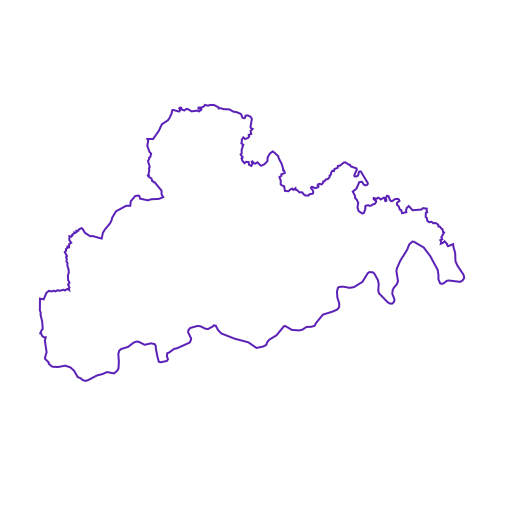 the district of Metsi-Maholo, Mafeteng, Lesotho, rotated 187°
{"feature_id": "5366337B55767639194071", "entity_name": "Metsi-Maholo", "entity_type": "district", "adm_level": 2, "iso_a3": "LSO", "parent_name": "Lesotho", "parent_adm1": "Mafeteng", "projection": "orthographic", "projection_center": [27.155, -29.616], "detail": "fine", "context": "isolated", "style": "outline", "palette": "violet", "viewbox_px": 512, "rotation_deg": 187, "n_neighbors": 0, "source": "geoboundaries", "source_scale": "gbopen_adm2", "svg_char_len": 6102}
<svg xmlns="http://www.w3.org/2000/svg" viewBox="0 0 512 512"><g transform="rotate(187 256 256)"><path d="M356.1,390.9L356.9,390.5L357.2,386.8L358.8,382.1L360.1,379.8L365.5,375.3L367.7,368.4L372.4,359.6L378.1,358.9L377.0,357.0L377.4,352.4L374.6,346.6L372.5,344.7L373.1,341.2L374.1,340.4L373.9,339.2L374.8,337.1L372.3,331.4L373.0,329.9L372.4,328.8L372.6,324.2L372.2,323.1L373.1,322.7L372.5,321.8L369.1,320.1L368.3,317.9L367.1,317.6L366.5,316.7L365.5,316.8L357.7,309.3L357.2,305.6L355.3,303.1L359.2,300.9L367.1,299.5L370.0,298.1L378.0,298.8L379.1,301.3L380.0,301.7L383.2,300.8L387.0,295.0L386.9,290.5L391.0,290.0L400.4,283.3L403.4,276.5L403.7,274.0L404.9,270.5L409.2,263.9L410.8,260.3L411.3,254.5L420.8,255.9L422.9,255.4L428.7,258.2L431.3,261.7L432.6,262.4L434.9,260.9L435.4,259.4L437.3,259.1L436.8,258.2L438.1,256.9L439.2,257.2L439.1,256.5L440.6,255.3L441.1,254.5L440.7,254.1L441.8,252.6L443.6,253.0L443.2,249.0L441.0,246.6L442.9,245.1L442.6,241.8L443.3,241.5L444.3,242.2L444.5,240.8L445.5,239.7L445.1,238.1L446.3,236.6L443.6,232.9L444.4,231.7L443.4,230.0L443.5,227.5L442.2,225.9L442.1,223.5L440.5,220.1L439.8,217.0L440.3,213.4L439.5,209.0L438.0,207.0L438.0,206.0L439.1,204.9L437.3,201.9L437.8,200.9L437.3,199.5L439.1,200.4L441.5,198.5L442.7,199.1L446.7,197.5L448.7,197.9L450.8,196.4L452.5,196.9L454.6,195.9L457.3,196.2L459.5,193.9L461.5,187.1L465.2,187.4L463.9,175.7L462.7,173.3L462.7,171.5L460.2,164.8L458.8,157.7L459.6,156.6L460.7,153.0L459.9,153.0L458.6,150.7L456.8,149.5L454.8,149.7L455.3,146.4L452.1,135.0L453.1,129.0L452.7,128.1L448.8,125.1L448.6,123.8L445.7,121.8L444.4,121.3L438.9,121.7L431.9,123.9L426.6,122.8L422.7,120.1L418.2,114.1L415.2,113.3L412.8,111.7L410.0,111.3L407.9,112.1L399.2,118.1L394.2,120.0L389.8,122.6L382.6,122.2L379.7,125.3L378.8,127.5L379.2,134.1L380.7,142.0L380.2,145.4L378.6,147.2L371.9,150.2L366.8,155.2L363.8,156.6L361.8,156.5L355.6,154.3L349.6,156.5L345.9,156.2L344.4,154.3L344.4,152.9L341.8,144.7L339.6,139.2L337.6,138.9L331.7,141.0L330.8,142.7L332.2,145.7L332.3,148.6L330.5,149.6L325.9,153.9L323.5,154.6L311.4,161.9L310.5,163.9L310.3,166.2L313.9,171.7L314.2,172.8L313.9,174.5L312.4,176.6L305.7,179.4L302.7,179.5L297.5,177.7L294.8,177.6L289.8,181.2L289.5,182.0L287.5,182.0L284.7,177.9L281.0,174.9L267.0,171.3L253.1,169.4L244.3,164.8L237.9,167.0L235.1,168.9L234.2,172.1L232.5,174.7L226.1,179.7L219.6,189.8L218.2,190.0L211.3,187.0L204.1,187.4L201.2,188.4L197.3,191.7L192.4,192.5L189.3,193.9L188.2,196.9L182.4,206.0L173.5,210.0L169.5,212.3L167.8,214.1L167.3,216.0L167.5,218.8L170.2,224.8L171.3,230.4L170.8,234.5L169.6,235.4L165.9,236.2L159.2,235.8L154.9,237.1L147.2,243.3L143.0,252.5L141.4,253.9L138.1,254.0L136.6,253.2L132.0,246.9L130.8,243.1L130.4,236.3L129.3,233.9L119.6,226.1L117.2,225.1L115.1,225.3L113.5,227.2L113.2,228.6L113.4,230.1L116.1,235.0L116.2,238.8L115.4,241.1L112.8,245.1L112.0,248.4L114.8,258.1L114.6,261.1L112.1,269.2L106.8,280.5L105.3,286.2L102.5,289.4L100.8,289.3L90.6,284.9L83.0,277.1L74.0,264.4L72.6,259.4L72.1,255.1L69.9,251.3L68.4,251.0L66.6,251.6L63.6,254.6L61.7,255.2L50.3,255.2L48.1,256.8L46.9,259.0L46.8,260.4L47.9,262.9L54.7,270.7L57.4,275.1L58.7,283.3L61.2,289.2L61.8,291.8L66.6,289.1L67.6,290.1L67.7,291.1L70.6,293.6L72.2,291.7L74.0,290.7L73.8,292.3L75.0,294.2L73.2,295.3L74.3,297.1L72.2,302.2L73.1,302.3L74.2,305.4L75.3,305.7L77.0,307.5L78.6,307.6L78.8,309.0L79.8,309.8L81.8,310.6L84.0,310.1L86.0,311.4L88.1,310.6L90.1,311.6L91.2,314.7L92.3,315.3L92.7,318.8L92.6,319.7L91.4,320.3L92.4,322.7L92.3,323.8L96.0,323.9L97.4,322.3L106.1,320.5L110.5,324.2L112.3,321.9L112.6,319.6L112.1,317.8L116.3,316.3L117.5,319.3L118.9,319.6L120.5,322.8L122.4,324.1L122.5,325.9L120.3,328.2L120.9,329.3L122.1,330.0L125.1,329.3L127.5,327.1L128.6,326.9L129.7,327.7L131.8,331.6L133.3,331.8L134.0,329.5L133.3,326.9L134.0,326.2L134.5,326.4L135.4,329.4L136.2,329.5L139.1,327.3L141.5,328.8L142.4,328.5L143.1,327.5L146.2,327.9L146.1,326.7L143.4,325.2L143.4,324.1L144.7,322.0L146.3,321.5L148.1,319.9L149.1,319.6L150.8,320.1L153.3,319.2L153.6,318.3L153.2,316.4L154.1,312.0L155.6,311.1L159.5,313.0L161.2,316.5L161.0,321.3L163.1,324.4L164.7,325.6L165.0,327.6L167.8,331.8L164.6,334.8L162.5,341.9L159.9,342.6L157.7,340.0L156.1,339.4L154.5,340.1L153.8,341.2L154.0,342.1L162.3,352.7L164.0,352.3L164.5,348.3L166.4,347.0L167.9,347.1L168.3,348.1L166.5,354.0L166.9,355.2L172.9,356.5L173.8,358.0L175.1,358.0L178.9,359.9L180.3,359.4L183.8,355.8L185.7,355.4L185.7,353.5L188.8,351.8L188.9,349.9L190.7,349.8L191.6,347.5L191.6,345.9L192.8,344.7L192.5,343.4L194.2,341.0L196.0,340.5L197.1,338.6L198.3,338.2L198.4,336.7L199.6,335.1L202.0,335.3L203.1,334.7L203.5,333.5L202.4,332.8L202.8,331.8L205.5,330.5L208.5,331.5L209.4,331.2L209.8,330.3L207.7,328.2L206.9,326.5L207.3,324.7L210.1,324.0L211.5,322.3L214.4,322.1L216.1,322.9L217.9,324.8L220.7,324.5L223.3,326.4L224.7,326.6L225.1,328.1L227.0,326.2L228.2,327.3L229.8,326.4L231.8,324.2L235.2,324.2L236.6,328.7L238.7,329.1L240.2,330.1L240.7,334.1L242.4,337.1L240.5,338.8L240.8,340.1L237.6,341.9L238.0,343.2L238.9,344.5L239.5,344.4L239.8,346.2L241.9,350.8L245.3,355.7L246.1,357.8L250.9,361.2L252.2,361.8L254.7,359.4L256.5,355.2L256.2,351.6L258.7,348.2L261.4,346.4L262.6,346.4L265.9,349.2L268.1,347.5L270.0,348.3L271.1,349.5L271.7,349.1L270.8,346.6L271.7,344.8L274.1,345.8L274.7,348.3L277.2,348.3L278.8,346.7L281.3,349.1L282.2,351.2L281.4,351.6L281.3,352.5L283.6,354.8L282.7,356.3L283.2,359.7L282.5,362.9L282.8,363.7L282.1,364.7L284.3,366.2L284.0,368.1L284.3,369.8L283.0,372.2L281.1,370.8L278.8,371.9L277.3,373.5L278.0,375.3L275.6,376.5L276.6,379.5L274.9,381.7L276.6,382.4L277.2,383.5L276.8,391.6L278.3,393.5L281.1,394.5L283.1,394.2L283.6,393.7L283.6,392.0L284.5,391.3L285.4,391.3L286.6,392.0L287.8,394.6L289.1,395.4L292.8,396.4L296.0,396.5L300.3,398.3L305.9,397.8L309.0,398.4L311.0,397.9L311.4,399.0L315.9,400.7L319.9,400.4L322.0,399.3L325.0,399.8L325.9,398.2L327.9,396.8L331.1,396.3L331.0,395.3L328.3,395.6L328.1,394.5L330.3,392.5L332.1,393.1L337.5,391.7L341.8,393.6L343.3,393.3L344.9,391.7L347.7,392.4L348.3,394.0L349.6,394.0L350.2,393.2L349.4,392.4L349.2,391.2L350.0,390.0L356.1,390.9Z" fill="none" stroke="#5b21b6" stroke-width="2"/></g></svg>